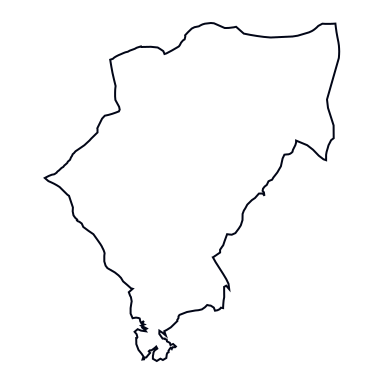 the district of Cornea, Caras-Severin, Romania
{"feature_id": "2599482B15009159935229", "entity_name": "Cornea", "entity_type": "district", "adm_level": 2, "iso_a3": "ROU", "parent_name": "Romania", "parent_adm1": "Caras-Severin", "projection": "robinson", "projection_center": [22.32, 45.012], "detail": "fine", "context": "isolated", "style": "outline", "palette": "ink", "viewbox_px": 384, "rotation_deg": 0, "n_neighbors": 0, "source": "geoboundaries", "source_scale": "gbopen_adm2", "svg_char_len": 4283}
<svg xmlns="http://www.w3.org/2000/svg" viewBox="0 0 384 384"><path d="M223.1,308.1L223.1,307.2L223.3,303.9L223.6,300.5L224.2,297.2L224.1,286.9L225.2,286.3L226.2,285.7L229.2,289.2L228.7,285.3L228.5,283.8L226.3,279.2L223.3,274.2L217.0,264.3L215.7,262.3L212.9,257.3L213.2,257.2L220.1,252.5L220.1,249.7L222.2,246.6L223.2,245.3L224.5,241.4L227.1,234.2L229.5,234.5L231.8,234.7L235.4,233.1L238.9,228.4L240.8,225.4L242.5,220.1L242.6,213.9L243.9,210.5L245.2,208.5L247.3,204.6L251.9,200.1L255.0,198.0L258.9,193.6L260.2,193.5L262.9,193.6L264.4,195.8L263.9,192.3L263.2,191.6L262.6,190.9L263.0,188.7L264.6,186.6L266.8,184.9L268.5,181.3L270.1,180.5L272.1,179.7L273.3,177.6L277.3,172.5L280.9,166.3L282.6,158.5L284.4,154.7L285.9,154.5L287.2,154.4L288.6,154.3L290.0,153.8L291.4,152.9L292.5,151.8L292.9,150.0L295.4,145.0L296.1,142.5L296.1,140.6L307.2,145.2L313.0,149.7L318.8,155.7L323.5,159.3L326.1,160.2L326.1,155.8L326.1,154.8L326.6,151.9L327.4,149.2L327.7,148.2L328.5,145.3L329.8,142.8L331.1,140.2L332.4,139.2L333.7,138.2L333.6,125.4L328.0,107.9L327.0,99.5L338.8,58.2L338.9,57.5L339.1,54.5L339.2,51.5L339.1,48.5L338.9,45.5L338.4,42.1L337.4,37.1L336.5,32.1L335.9,27.8L335.4,23.6L332.1,23.8L328.9,23.9L325.7,23.9L322.4,23.7L318.3,25.9L316.8,27.4L315.3,28.7L313.6,30.0L311.8,31.1L308.9,32.4L297.7,35.7L292.5,36.5L270.6,37.5L263.8,36.9L257.1,36.0L250.4,34.9L243.8,33.6L236.1,26.8L233.8,27.3L231.4,27.6L229.0,27.9L226.6,28.0L224.7,28.0L214.0,23.3L210.9,23.0L204.9,23.7L202.5,24.4L200.4,25.4L198.9,26.3L194.5,27.2L191.7,28.6L191.1,29.2L188.0,32.2L185.1,35.3L185.3,36.6L184.6,39.4L183.1,40.3L181.1,42.6L180.0,44.8L179.0,46.3L178.1,46.9L171.7,50.6L166.4,53.4L164.5,54.0L164.4,53.7L163.3,51.1L160.3,49.1L157.7,47.5L150.9,46.8L141.3,47.0L141.0,46.4L137.1,47.6L136.4,47.9L134.8,48.8L129.6,50.7L127.9,51.7L125.4,52.3L123.6,53.0L121.1,54.1L118.7,55.1L116.5,56.2L115.3,56.9L114.2,57.6L113.5,58.2L112.9,58.8L110.2,59.7L111.3,66.4L112.5,72.9L114.0,79.5L115.6,86.0L115.2,89.5L115.1,93.0L115.1,96.5L115.4,100.0L119.1,106.8L119.7,109.6L118.9,111.4L115.5,112.7L112.0,113.9L108.5,114.9L104.8,115.7L102.1,118.6L97.3,128.3L97.5,128.9L97.5,130.9L97.5,132.5L96.1,133.8L91.2,138.6L89.5,140.5L84.4,145.2L78.6,149.2L75.5,151.3L74.0,153.1L72.7,154.2L72.1,155.7L71.0,157.4L70.0,159.8L67.8,161.7L67.3,162.9L65.2,164.8L64.4,165.4L63.3,166.9L61.6,167.9L59.4,170.0L59.0,170.4L57.4,171.6L56.6,172.7L54.4,174.2L53.1,174.5L51.9,174.7L48.9,175.9L45.7,177.5L44.8,178.0L48.4,181.1L51.3,182.4L54.2,183.8L56.9,185.3L59.6,187.0L67.5,194.8L69.0,195.8L71.3,202.7L72.9,207.4L72.8,209.4L72.7,211.4L73.5,215.4L75.3,217.9L77.2,219.6L76.9,220.4L78.0,221.3L79.4,221.8L81.7,223.5L82.1,224.3L83.3,227.0L84.3,227.7L88.3,230.7L93.4,234.2L98.8,241.8L100.4,244.1L101.8,246.4L102.2,247.3L103.6,250.1L104.3,252.1L104.6,253.2L104.3,255.9L104.3,261.4L105.6,265.7L107.5,268.2L114.8,272.4L118.6,275.4L121.0,277.9L123.1,281.4L127.2,284.9L131.0,288.3L132.7,288.8L131.9,289.5L131.1,290.2L128.8,292.2L129.1,293.0L129.4,293.7L129.6,294.4L130.2,295.9L130.9,297.1L131.7,301.3L131.3,303.5L130.6,308.1L130.6,310.5L130.6,311.1L130.6,313.6L132.6,318.2L136.0,317.6L138.6,318.0L139.7,318.5L140.3,321.4L141.1,322.8L143.9,321.1L142.2,323.7L144.2,324.5L141.3,325.7L146.8,328.6L146.5,328.8L141.5,327.0L144.6,329.5L145.9,331.3L141.0,330.6L137.7,329.2L136.1,330.5L134.6,331.8L136.6,334.2L137.4,337.2L136.7,338.3L136.2,338.2L136.3,342.3L136.3,344.1L138.5,349.9L141.8,354.0L143.5,356.6L142.5,359.5L144.1,359.3L144.6,357.6L146.3,357.4L147.9,355.4L150.1,352.9L148.8,351.3L149.9,350.3L151.5,350.3L153.5,348.9L155.5,347.3L156.2,346.6L157.3,348.6L154.7,350.4L153.5,352.4L153.3,354.1L153.1,355.0L152.9,355.9L152.9,358.8L156.8,361.0L160.4,358.7L162.9,360.0L166.3,358.0L166.8,354.3L167.4,352.9L168.6,352.3L168.5,350.8L169.7,349.0L170.6,347.8L171.5,348.5L171.8,348.9L172.5,347.3L175.2,347.2L175.9,346.5L173.1,344.0L170.5,345.0L169.8,342.8L167.0,341.4L166.7,339.6L164.9,339.1L164.8,338.6L162.6,338.6L159.3,333.9L159.4,330.7L162.7,332.9L165.8,335.5L164.3,331.2L166.8,329.9L170.9,327.3L177.4,321.0L177.2,320.1L178.5,318.0L178.5,316.4L179.5,314.9L187.0,312.0L195.2,310.5L198.4,310.2L201.9,309.4L204.9,307.3L207.2,305.0L209.3,305.5L210.7,305.6L213.8,307.6L215.0,310.7L217.7,310.2L218.1,309.9L219.7,309.2L220.9,307.7L221.8,307.9L223.1,308.1Z" fill="none" stroke="#020617" stroke-width="2"/></svg>